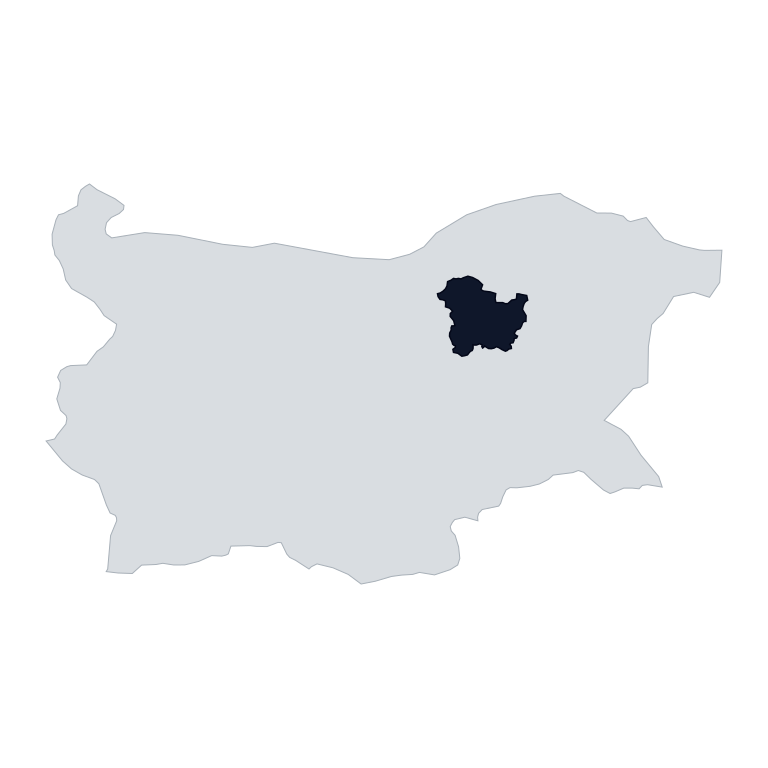 location of Targovishte within Bulgaria
{"feature_id": "BGR-2257", "entity_name": "Targovishte", "entity_type": "Province", "adm_level": 1, "iso_a3": "BGR", "parent_name": "Bulgaria", "parent_adm1": "", "projection": "robinson", "projection_center": [26.357, 43.248], "detail": "fine", "context": "in_parent", "style": "filled", "palette": "ink", "viewbox_px": 768, "rotation_deg": 0, "n_neighbors": 0, "source": "natural_earth", "source_scale": "10m", "svg_char_len": 3621}
<svg xmlns="http://www.w3.org/2000/svg" viewBox="0 0 768 768"><path d="M662.2,487.1L647.5,484.7L642.3,485.4L639.1,488.8L632.2,488.1L623.8,488.1L614.9,491.9L610.1,493.5L603.5,490.0L591.3,479.6L583.8,472.3L578.3,470.5L572.8,472.6L553.1,475.1L548.4,479.4L539.3,484.0L530.1,486.3L516.9,487.8L510.0,487.6L506.1,489.9L502.8,496.7L500.6,503.4L498.7,506.1L482.2,509.5L478.6,513.3L477.6,517.1L477.9,520.8L464.8,517.2L454.7,519.6L452.3,522.5L450.2,526.6L451.3,531.0L455.1,535.3L458.6,546.9L459.8,558.4L457.7,565.0L450.1,569.7L434.5,574.9L419.4,572.4L412.7,574.4L401.5,575.1L391.2,576.5L375.4,581.2L361.1,584.0L348.2,574.4L333.0,567.8L317.0,563.9L311.4,566.7L309.0,569.0L295.7,560.4L289.7,557.4L286.8,554.1L281.3,542.7L278.0,542.4L267.0,546.6L256.4,546.4L249.9,545.6L230.9,546.1L228.3,553.9L225.9,555.1L221.8,556.1L211.7,555.6L198.7,561.4L184.8,564.9L173.9,565.0L162.8,563.3L156.0,564.5L141.6,565.1L132.3,573.5L118.1,573.0L106.2,571.6L107.7,569.0L110.6,535.6L116.7,520.8L116.5,517.7L115.3,515.4L110.1,513.0L106.4,505.0L98.9,483.8L94.5,479.5L82.2,475.0L71.5,468.9L62.5,460.9L46.1,441.0L54.6,439.0L57.2,435.0L65.9,424.0L66.9,418.7L66.1,415.6L60.5,410.4L56.8,398.9L60.0,388.2L60.3,382.6L57.6,377.2L60.7,370.4L66.8,366.7L70.6,365.6L86.7,364.9L97.0,351.3L103.3,346.9L109.7,339.2L112.7,336.4L115.5,330.4L116.6,324.2L104.1,315.6L99.9,309.2L94.3,302.0L86.8,297.1L71.6,288.6L65.7,280.0L63.2,268.9L59.3,260.5L54.9,255.0L54.2,250.5L52.4,245.0L52.1,234.2L56.0,219.8L58.5,214.8L63.7,213.4L77.6,205.7L78.4,195.9L81.0,189.8L85.5,186.3L89.5,184.0L97.0,189.7L115.1,198.8L124.0,205.4L123.5,209.5L119.2,213.5L111.2,217.5L106.5,222.7L105.1,229.3L106.2,233.9L111.7,237.9L144.7,232.6L178.0,235.3L222.7,244.3L252.4,247.4L274.4,243.2L315.0,250.7L352.8,257.7L389.2,259.7L409.6,254.3L423.9,246.9L436.3,233.1L466.7,214.8L496.1,204.5L534.6,196.2L560.3,193.4L563.9,196.2L596.8,213.0L611.4,213.1L623.2,216.1L627.5,220.5L630.5,221.6L646.2,217.5L653.2,226.6L664.2,239.5L682.7,246.1L699.3,249.9L704.5,250.4L721.9,250.2L719.7,282.4L709.5,297.3L693.7,292.3L673.6,296.5L663.1,313.5L657.1,318.6L651.7,324.5L648.4,346.6L647.8,382.8L640.2,387.2L633.2,388.6L604.2,420.4L621.1,429.4L628.6,436.2L641.0,455.2L658.7,476.6L662.2,487.1Z" fill="#d9dde1" stroke="#a8b0b8" stroke-width="1"/><path d="M482.6,348.0L481.8,346.5L482.3,344.9L479.6,343.8L476.6,345.0L474.8,345.1L473.0,344.7L473.1,346.6L473.0,348.7L472.2,350.5L470.4,351.3L468.9,353.0L467.5,354.9L464.7,355.7L461.8,356.2L457.9,353.3L453.5,352.4L452.9,349.3L455.3,347.5L455.4,345.8L453.9,345.3L452.6,344.1L452.1,342.0L450.8,339.1L449.5,336.2L449.7,333.0L451.2,330.1L451.1,327.8L451.8,325.9L453.4,325.9L454.9,325.6L453.7,320.7L450.2,316.4L450.3,313.5L452.6,311.2L449.7,308.2L445.5,306.8L445.7,303.7L445.4,300.8L442.9,299.8L440.0,299.4L438.1,296.7L437.5,293.7L440.2,293.0L443.0,291.2L445.5,288.8L447.0,285.9L447.6,281.6L451.0,280.2L453.5,278.4L456.0,278.9L458.4,278.4L461.1,278.9L463.2,277.8L467.9,276.2L472.6,277.5L478.2,280.5L482.6,284.8L480.9,289.4L482.2,290.4L483.7,291.1L490.2,291.9L495.7,293.6L495.1,298.7L495.9,302.6L502.7,302.6L505.3,303.7L507.9,303.6L511.8,300.0L514.2,299.7L516.4,299.1L516.9,293.9L519.1,293.9L521.4,294.5L526.7,295.5L527.7,300.2L525.6,301.5L524.2,303.4L523.1,306.5L522.5,309.6L526.1,315.7L525.9,321.4L524.3,321.4L522.7,322.6L521.5,326.0L520.0,328.6L516.5,329.8L514.3,333.2L515.4,335.0L517.5,336.1L516.6,338.0L514.2,338.5L514.0,340.5L513.0,342.8L511.1,343.0L509.7,344.3L511.2,346.2L511.4,348.5L508.7,349.1L507.2,350.5L505.4,351.2L502.0,349.6L498.8,347.6L496.4,346.7L494.0,348.1L491.3,348.7L488.5,348.5L484.5,346.0L483.7,347.3L482.6,348.0Z" fill="#0f172a" stroke="#020617" stroke-width="1.5"/></svg>